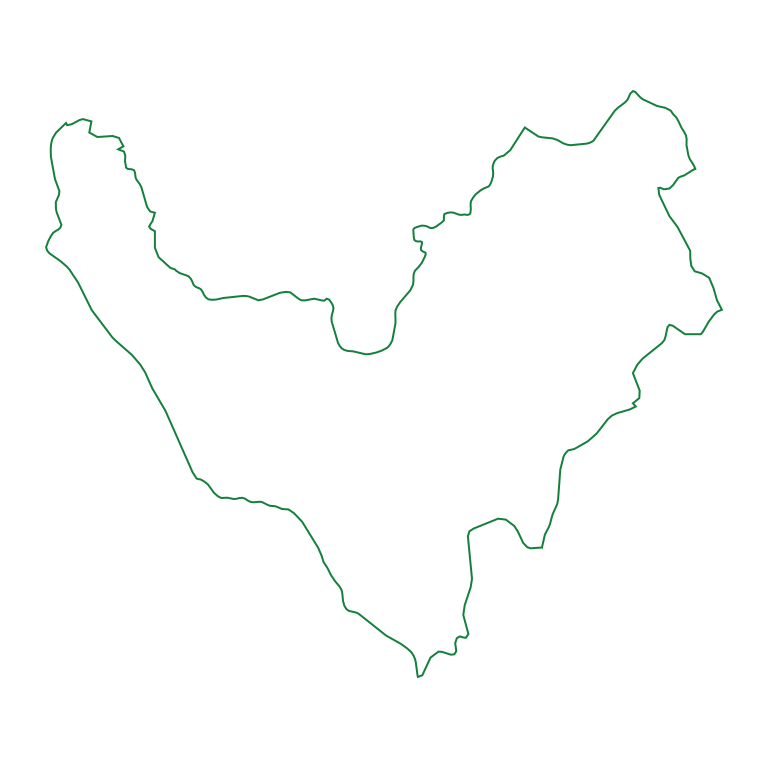 Bouenza, Natural Earth projection
{"feature_id": "COG-2626", "entity_name": "Bouenza", "entity_type": "Region", "adm_level": 1, "iso_a3": "COG", "parent_name": "Republic of the Congo", "parent_adm1": "", "projection": "natural_earth1", "projection_center": [13.508, -4.119], "detail": "fine", "context": "isolated", "style": "outline", "palette": "green", "viewbox_px": 768, "rotation_deg": 0, "n_neighbors": 0, "source": "natural_earth", "source_scale": "10m", "svg_char_len": 4610}
<svg xmlns="http://www.w3.org/2000/svg" viewBox="0 0 768 768"><path d="M530.9,548.3L527.4,547.3L523.2,543.0L517.8,531.4L514.3,526.0L505.8,519.6L498.0,518.7L473.8,528.5L469.4,531.3L467.9,536.3L472.0,578.9L470.6,587.5L464.7,605.3L463.3,615.0L468.4,634.0L465.9,637.8L463.0,637.4L459.9,636.4L456.8,638.2L455.2,643.1L456.3,651.2L454.3,654.3L450.9,654.7L442.2,651.9L438.5,651.6L430.5,657.6L422.3,675.3L417.9,676.9L417.5,675.2L415.8,662.3L415.0,659.0L413.6,655.7L411.3,652.2L407.4,648.6L400.9,643.9L386.0,635.5L358.3,613.5L355.3,612.3L349.2,611.0L346.5,609.2L344.4,605.8L343.0,600.9L342.3,593.2L341.5,589.9L339.3,586.2L335.3,581.5L331.2,575.5L327.4,567.9L323.6,562.2L321.6,555.8L318.3,548.0L302.1,521.7L293.9,513.1L288.4,509.4L282.0,509.0L276.1,506.5L273.2,506.0L270.3,505.9L267.5,504.8L261.7,501.9L258.9,501.8L253.3,502.3L250.6,501.9L247.7,500.5L245.1,498.7L242.3,497.8L239.5,498.0L236.5,498.8L233.6,499.0L227.4,497.7L221.3,498.0L217.8,496.2L213.9,492.7L207.9,484.4L203.8,481.2L200.5,479.4L198.1,479.1L196.5,478.4L192.6,472.3L165.5,410.9L152.3,388.4L145.1,372.3L140.3,364.7L132.0,355.0L114.9,340.0L112.2,337.2L91.8,310.2L78.1,282.6L69.5,269.6L66.7,266.5L60.7,261.3L49.3,253.2L47.1,250.5L46.1,247.1L48.4,240.8L50.6,236.6L52.9,233.1L55.5,231.1L58.1,229.7L60.3,227.8L61.4,224.8L56.8,212.7L56.0,209.3L55.8,202.1L59.0,194.8L59.4,191.1L55.0,179.2L50.9,156.8L50.7,149.1L51.1,144.3L51.8,140.8L52.8,137.9L56.1,132.6L66.0,123.0L67.2,125.2L71.8,124.2L79.4,120.1L82.9,119.1L91.4,121.4L89.3,132.6L97.4,137.0L112.7,136.0L119.0,138.0L123.4,146.3L118.2,149.3L124.0,151.6L125.3,155.7L125.0,161.1L126.1,167.6L127.5,168.8L132.5,169.5L134.1,170.3L135.0,172.8L135.6,177.6L136.5,179.7L139.6,183.9L141.3,187.0L147.1,207.0L150.1,211.4L154.9,212.8L152.4,221.3L150.9,223.4L149.1,226.6L150.7,228.9L154.9,231.2L154.9,247.8L158.6,257.2L170.4,267.9L174.9,269.4L176.0,270.6L179.5,273.0L188.5,276.2L191.0,279.0L192.5,282.1L193.7,285.0L195.6,286.7L197.1,287.5L199.1,288.2L201.0,289.4L202.6,291.8L203.9,294.7L205.8,297.4L208.4,299.3L212.1,299.8L216.4,299.5L223.3,298.0L243.1,295.9L246.1,296.0L249.2,296.6L258.4,300.3L263.0,299.4L279.9,292.8L285.7,291.9L290.2,292.3L298.6,298.8L301.3,300.3L304.9,300.4L314.3,298.7L321.6,300.4L324.3,300.7L326.6,298.7L329.0,299.5L330.7,301.7L332.6,304.8L333.5,308.1L332.9,311.5L331.9,314.8L331.4,318.2L331.7,321.6L338.0,342.8L339.7,346.0L342.0,348.6L344.7,350.1L347.6,350.9L353.4,351.4L365.7,354.3L369.9,354.0L376.4,352.5L382.0,350.5L386.8,348.0L388.4,346.7L390.4,344.0L392.3,340.4L395.4,323.9L395.5,320.6L395.3,313.8L395.5,310.5L397.2,306.5L400.3,302.0L410.4,290.2L413.0,284.7L413.5,280.8L413.4,277.1L413.7,274.0L414.9,270.8L418.6,267.0L421.8,262.9L424.7,257.0L425.7,254.3L425.6,252.8L422.5,251.3L421.1,250.1L420.9,248.2L422.1,242.8L422.0,242.2L421.6,241.7L420.1,241.4L418.2,241.5L416.2,241.2L414.6,240.3L413.9,238.1L413.3,230.8L413.4,229.8L413.6,228.9L414.8,227.9L416.7,227.1L421.8,225.6L424.6,225.8L427.2,226.4L428.9,227.4L430.7,228.1L433.2,227.9L435.9,226.7L442.2,222.1L443.9,220.3L443.9,215.8L444.5,214.0L447.8,212.8L450.7,212.4L453.3,212.6L459.2,214.7L461.1,214.9L464.9,214.5L466.9,214.9L468.7,214.7L470.3,213.5L470.8,209.6L470.6,203.8L471.0,201.1L473.1,197.6L475.6,194.4L480.9,190.1L484.2,188.3L488.6,186.5L489.9,184.9L491.2,182.3L492.9,176.7L493.2,173.2L493.0,170.3L492.6,168.3L492.8,166.0L493.4,163.9L494.2,161.7L495.6,159.8L497.5,157.9L501.0,156.4L503.7,155.7L510.3,150.1L524.8,127.5L538.4,136.5L542.0,137.3L552.7,138.4L557.4,140.0L563.4,143.4L567.3,144.7L570.7,145.2L586.9,143.6L590.5,142.5L593.4,140.8L614.8,110.7L617.8,107.9L625.5,102.0L627.6,99.6L630.4,93.4L633.0,91.1L635.5,92.1L640.0,97.1L642.6,99.2L657.1,106.0L665.3,107.8L670.8,110.7L673.2,114.3L676.1,117.2L678.1,120.5L681.5,127.7L684.2,132.0L686.0,135.6L686.6,138.9L686.5,145.3L688.4,155.4L689.8,159.1L692.6,163.4L694.4,166.6L695.3,169.0L693.7,169.5L684.1,175.5L681.2,176.4L678.3,177.8L673.0,185.2L669.4,188.5L663.8,189.3L660.0,187.7L658.4,188.0L659.2,194.8L669.4,216.1L677.6,227.1L690.2,250.8L690.3,258.7L691.3,265.9L694.7,271.3L702.0,273.4L709.2,277.8L713.5,288.1L717.0,300.3L721.9,309.8L717.3,311.6L714.2,314.3L708.6,321.9L702.7,332.1L700.8,334.2L685.0,334.2L672.7,325.7L669.4,324.9L667.5,327.2L665.6,336.2L664.4,340.0L661.8,343.2L642.4,358.8L637.4,364.6L632.9,373.1L639.7,390.7L639.3,398.1L632.9,403.3L635.8,406.5L629.7,409.5L617.0,413.2L611.9,415.6L607.9,419.1L596.5,433.7L587.8,441.3L574.1,449.1L568.4,450.3L566.2,452.4L564.4,454.9L563.6,456.5L560.3,469.5L558.1,499.3L557.3,503.8L552.8,513.9L551.7,517.4L550.1,523.8L548.8,527.1L544.9,534.6L542.0,547.3L542.0,547.6L541.6,547.5L530.9,548.3Z" fill="none" stroke="#15803d" stroke-width="2"/></svg>